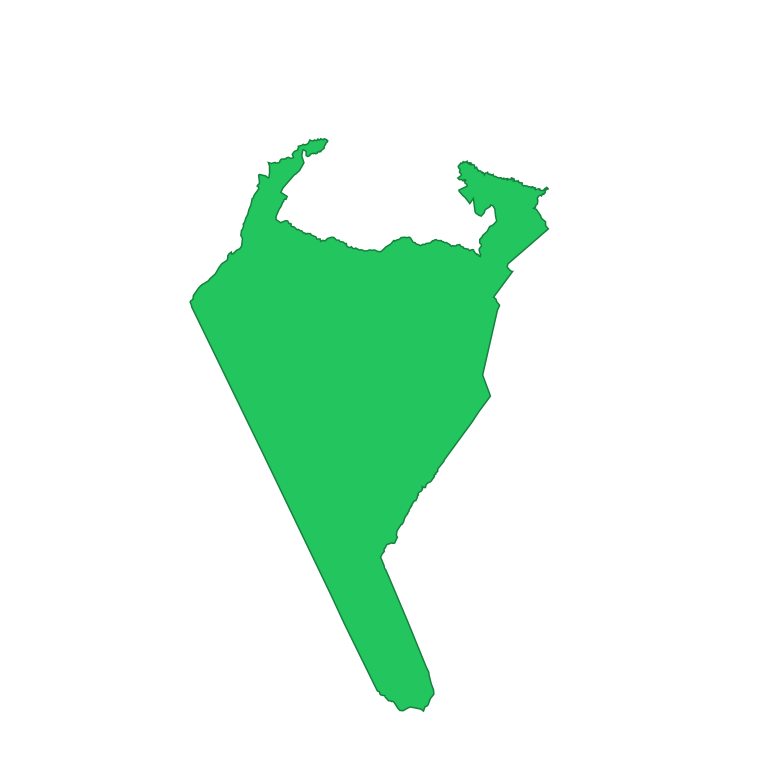 the district of Maicao, La Guajira, Colombia, rotated 126°
{"feature_id": "7082276B98586800286799", "entity_name": "Maicao", "entity_type": "district", "adm_level": 2, "iso_a3": "COL", "parent_name": "Colombia", "parent_adm1": "La Guajira", "projection": "albers", "projection_center": [-72.426, 11.405], "detail": "fine", "context": "isolated", "style": "filled", "palette": "green", "viewbox_px": 768, "rotation_deg": 126, "n_neighbors": 0, "source": "geoboundaries", "source_scale": "gbopen_adm2", "svg_char_len": 6171}
<svg xmlns="http://www.w3.org/2000/svg" viewBox="0 0 768 768"><g transform="rotate(126 384 384)"><path d="M272.8,607.7L274.8,604.9L280.3,600.8L284.4,598.6L285.4,598.9L285.2,602.0L287.6,607.8L288.7,608.2L293.9,603.4L295.2,602.7L297.6,603.1L298.5,602.9L298.5,601.1L299.8,600.1L307.5,600.0L310.5,599.2L311.5,599.6L317.5,596.9L322.6,595.7L326.9,593.9L330.7,593.4L335.1,591.9L337.4,591.9L338.4,590.7L341.3,589.5L343.4,589.6L347.9,587.2L349.4,584.1L356.0,580.3L359.4,580.2L362.3,581.8L367.5,582.7L368.3,583.5L367.0,585.1L369.5,585.8L371.9,585.8L374.6,584.1L376.5,583.8L381.7,585.8L386.0,586.0L394.1,585.2L401.7,586.8L403.5,586.6L410.9,589.7L414.6,590.4L424.4,590.2L427.8,588.4L430.7,589.3L431.8,588.9L433.3,586.2L434.6,585.0L511.7,440.4L585.7,303.1L601.4,274.9L636.2,209.0L635.7,206.9L637.2,205.0L637.4,203.7L635.7,200.1L636.6,198.9L637.6,194.1L636.4,192.3L636.5,191.4L635.8,190.8L635.5,189.0L638.2,182.1L638.8,179.3L637.1,176.5L631.8,174.1L629.8,172.8L625.4,163.3L625.4,159.8L621.2,161.1L619.0,159.9L617.7,159.8L611.0,161.6L605.7,161.3L602.4,164.1L598.5,169.9L592.5,177.0L590.9,178.3L588.0,183.7L562.2,225.3L536.5,267.9L533.4,273.2L532.8,275.2L530.8,277.3L526.1,285.0L521.9,285.7L520.9,285.3L519.0,285.5L518.6,286.3L517.2,286.9L515.7,286.7L513.0,287.3L511.3,286.9L510.6,286.0L508.3,284.7L507.4,282.7L506.5,281.9L500.0,283.1L499.1,285.1L495.3,287.1L487.8,287.6L487.0,286.9L484.1,287.1L480.7,288.4L477.4,288.8L475.1,288.5L474.4,289.1L472.3,289.0L470.8,289.8L466.8,290.0L466.2,290.5L465.6,290.1L464.9,290.7L460.5,290.7L459.8,289.7L456.4,290.3L454.9,291.1L453.5,290.9L453.2,291.8L451.4,292.1L448.3,290.8L446.7,291.0L445.0,292.4L445.2,291.7L444.1,291.2L444.3,290.8L443.4,289.6L441.5,290.5L438.8,290.6L435.7,288.9L434.5,288.8L429.3,288.8L428.5,289.9L426.4,289.1L425.7,289.9L423.1,289.2L421.1,290.6L411.4,290.1L410.1,290.6L362.9,290.4L350.5,291.0L331.2,290.8L318.7,309.5L257.6,335.6L252.7,336.6L252.3,336.9L251.3,341.0L249.6,343.2L249.2,346.4L217.4,346.1L217.9,346.7L217.9,349.0L217.2,352.6L216.2,353.6L213.8,354.3L161.9,342.2L161.0,346.2L157.8,348.7L157.4,354.0L155.7,356.4L153.2,363.4L153.8,366.2L152.0,365.4L150.0,366.2L148.2,365.7L144.7,367.7L143.9,369.2L141.5,369.3L140.4,369.2L139.2,368.2L139.3,367.1L137.0,367.5L136.7,366.2L135.5,366.5L134.7,366.0L132.5,367.4L129.6,365.9L129.2,367.9L131.7,368.8L134.0,368.8L135.6,371.8L134.6,372.7L135.5,373.9L137.8,375.7L137.6,376.5L136.4,376.8L137.3,378.5L137.0,379.7L137.4,380.1L138.3,379.9L138.3,380.9L139.5,383.1L139.5,384.1L141.1,387.2L141.8,387.8L141.4,389.9L140.2,390.1L140.2,390.9L141.6,392.8L140.8,394.6L141.6,394.5L141.4,395.6L143.7,398.2L142.6,398.3L141.5,399.7L141.8,400.2L143.1,400.4L142.1,401.8L142.8,402.1L144.0,401.6L144.9,403.3L146.6,404.1L146.3,404.7L145.2,404.5L145.1,404.8L147.8,407.5L147.1,408.1L148.6,409.1L148.3,410.6L150.2,412.8L150.5,415.8L151.1,416.3L151.3,417.5L150.4,418.9L151.4,419.0L151.3,419.7L152.5,421.4L152.0,421.8L152.9,423.0L151.9,424.5L152.8,424.5L153.2,425.6L154.2,426.0L155.9,425.6L154.7,427.7L155.6,428.4L154.9,429.0L155.4,429.4L154.9,431.1L156.1,432.9L155.6,432.9L155.6,434.4L154.2,436.5L155.9,437.4L153.8,439.5L154.4,441.4L155.7,442.6L155.9,444.0L154.9,442.7L154.3,442.9L154.0,443.6L155.7,446.2L155.4,446.6L155.7,447.2L155.0,447.7L157.0,448.6L156.9,449.2L157.7,449.9L157.6,450.6L159.5,450.3L160.0,451.7L164.2,451.9L165.1,450.9L165.9,448.4L168.3,447.5L168.8,444.6L170.4,444.2L174.0,445.4L174.4,443.2L173.1,441.6L173.2,439.5L172.6,439.1L171.6,439.4L170.9,437.9L171.2,437.5L172.8,437.9L173.9,436.3L173.7,434.4L175.2,433.1L183.1,437.4L184.0,436.3L185.2,430.8L185.5,427.6L187.6,420.6L181.3,420.8L190.9,411.8L191.8,410.3L191.7,406.3L191.0,404.0L186.6,403.6L183.6,404.6L178.0,402.4L176.6,403.0L175.8,400.3L177.4,397.1L182.8,392.2L186.0,388.6L191.0,389.2L194.7,391.1L199.7,390.2L206.0,391.5L206.9,391.1L210.8,391.5L213.7,389.3L213.8,387.7L214.3,386.9L215.5,386.3L218.3,386.4L219.7,385.8L222.0,383.0L222.4,381.8L224.2,381.1L224.6,382.2L224.0,382.9L224.1,384.7L224.8,385.2L224.4,385.6L224.5,386.9L223.6,389.5L222.8,390.5L223.3,391.5L225.8,393.1L225.4,395.1L227.4,399.3L226.7,400.2L227.4,402.5L226.7,404.7L228.8,406.8L230.3,407.0L231.7,409.7L232.8,410.5L233.0,411.6L232.5,412.5L232.9,416.6L234.1,418.4L234.1,419.8L234.7,420.7L234.3,422.0L236.4,424.8L236.5,426.5L237.7,427.8L239.0,428.0L239.5,428.9L242.9,429.6L245.5,432.5L247.4,433.3L248.1,434.6L250.8,435.9L250.8,437.5L251.8,440.2L251.4,441.8L252.2,443.8L250.2,448.5L250.5,450.1L252.1,451.4L253.1,453.5L255.4,456.2L258.0,456.6L259.9,458.3L262.1,459.1L261.9,460.1L262.3,460.5L266.8,460.8L271.9,463.0L278.1,464.1L279.2,464.9L280.4,466.9L281.1,470.4L282.4,471.7L284.2,474.7L285.4,475.3L287.7,477.5L288.6,481.1L290.1,482.7L290.6,486.8L291.6,487.1L292.6,488.7L292.1,491.2L293.4,491.4L294.3,493.1L294.2,495.7L292.9,496.5L292.5,497.3L293.4,498.0L293.1,500.3L294.6,503.4L294.1,505.0L295.5,507.0L294.9,510.7L296.0,512.6L299.6,515.3L303.1,515.8L303.6,517.9L305.8,518.9L304.2,521.0L306.2,523.3L305.0,525.7L306.2,530.2L305.6,531.9L307.4,534.7L308.8,535.6L308.3,536.8L309.2,537.7L308.5,540.5L309.2,541.9L309.2,544.1L310.3,545.1L309.7,549.4L310.6,550.5L310.8,552.2L309.2,553.0L309.0,553.8L310.1,555.2L308.7,557.7L309.7,559.6L314.2,562.4L314.4,568.0L311.9,569.8L304.0,571.6L301.2,571.6L296.7,572.7L295.4,572.5L294.0,573.2L292.7,573.0L292.3,571.8L289.2,572.5L289.6,580.1L284.6,581.0L267.5,579.5L265.9,578.8L260.9,577.8L252.1,578.8L247.8,584.6L242.3,587.3L241.8,586.9L241.6,583.8L244.9,581.3L244.9,579.6L243.7,578.7L242.7,578.3L241.7,578.7L239.4,577.4L239.0,576.2L237.9,575.7L237.8,574.5L236.3,573.7L235.2,574.0L234.4,572.8L233.5,572.7L233.2,571.7L232.2,572.0L228.4,571.0L226.5,572.1L224.4,572.1L223.4,572.6L221.4,572.1L220.3,572.6L220.6,573.4L220.0,574.0L220.6,576.1L221.2,576.2L221.5,576.9L222.3,576.9L222.8,579.4L224.3,579.5L224.9,580.1L224.6,581.4L226.9,581.7L227.4,583.7L229.0,584.2L229.9,585.8L230.1,587.4L233.6,586.8L235.5,587.3L237.1,588.7L237.6,590.2L239.0,590.6L242.1,593.1L243.0,592.0L244.6,591.9L245.3,591.3L248.7,593.3L252.2,593.2L253.7,590.5L254.2,590.4L256.3,592.0L256.7,594.4L258.3,595.8L259.6,595.8L262.4,599.2L264.0,599.5L265.8,598.9L266.9,599.3L268.7,601.0L268.8,602.5L271.8,604.7L272.8,607.7Z" fill="#22c55e" stroke="#15803d" stroke-width="1.5"/></g></svg>